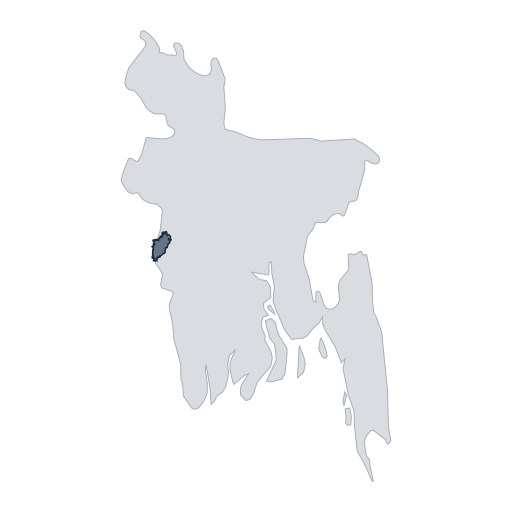 location of Meherpur, Khulna, Bangladesh
{"feature_id": "16705992B11914188004823", "entity_name": "Meherpur", "entity_type": "district", "adm_level": 2, "iso_a3": "BGD", "parent_name": "Bangladesh", "parent_adm1": "Khulna", "projection": "equal_earth", "projection_center": [88.762, 23.788], "detail": "fine", "context": "in_parent", "style": "filled", "palette": "slate", "viewbox_px": 512, "rotation_deg": 0, "n_neighbors": 0, "source": "geoboundaries", "source_scale": "gbopen_adm2", "svg_char_len": 8089}
<svg xmlns="http://www.w3.org/2000/svg" viewBox="0 0 512 512"><path d="M180.9,378.8L180.8,364.6L173.2,336.6L173.6,333.5L172.0,320.1L170.1,312.6L169.1,304.7L173.6,293.2L171.8,291.4L161.8,287.9L160.6,284.9L162.7,273.7L155.5,263.1L152.6,255.2L160.3,229.6L162.3,211.8L161.7,208.4L157.0,204.4L148.7,202.8L142.8,199.5L139.3,194.5L136.4,192.5L132.8,194.0L128.2,192.0L124.4,187.0L121.1,181.0L122.4,174.4L128.5,158.7L130.8,158.3L136.0,161.3L138.0,161.3L141.4,155.1L146.3,137.5L163.1,139.0L167.2,138.5L171.4,137.1L173.7,134.8L174.9,132.0L174.5,129.6L169.3,126.3L167.3,123.8L165.9,116.8L164.4,114.1L154.2,113.8L149.0,110.5L146.1,107.6L140.9,98.1L134.6,91.0L128.5,89.3L126.1,87.0L124.9,83.4L125.6,78.1L128.7,68.0L145.4,46.3L145.9,43.8L145.2,41.1L140.3,37.6L140.0,35.9L141.4,31.3L144.2,30.7L149.9,34.9L155.8,41.6L159.3,47.5L159.4,52.3L163.9,53.2L167.8,55.3L171.7,54.7L174.3,55.8L176.0,55.4L176.6,52.7L173.3,45.8L174.9,43.0L178.7,43.1L181.5,45.7L183.5,51.0L183.9,59.2L188.4,66.6L194.4,71.9L199.0,74.3L204.6,76.0L209.4,74.4L211.8,69.2L210.7,64.6L211.4,60.4L213.3,58.1L216.3,58.3L218.6,61.6L225.2,79.3L223.8,87.2L225.4,108.7L223.8,123.0L224.8,128.5L225.9,129.4L235.8,132.1L250.1,137.8L261.0,139.9L310.4,138.3L321.2,141.1L354.2,139.0L363.2,143.5L373.0,150.9L378.6,156.4L379.6,159.6L379.0,162.3L377.2,163.8L373.8,163.8L366.0,160.3L364.7,161.3L364.7,169.9L358.6,191.4L357.7,198.1L355.6,200.7L349.1,202.1L344.8,214.6L343.1,216.2L338.8,213.4L336.1,213.8L332.7,215.0L329.4,217.9L327.1,221.5L324.5,222.7L315.3,222.5L313.5,228.3L307.5,236.0L303.5,256.2L303.8,262.4L309.1,278.6L312.8,299.7L314.2,301.8L315.9,302.0L316.0,292.3L317.6,291.1L319.8,292.2L324.2,305.2L326.7,308.5L330.6,309.4L335.0,307.4L338.2,303.6L339.5,299.5L338.3,285.4L340.3,279.6L347.8,271.0L348.8,268.4L348.2,254.3L351.1,253.8L354.9,254.9L359.7,251.5L361.2,251.5L363.2,255.1L366.6,254.5L372.0,282.5L372.6,302.4L373.9,313.4L375.8,315.9L381.7,332.4L387.5,390.8L388.5,428.0L390.9,440.7L389.0,443.5L387.2,444.0L385.4,439.6L373.1,430.2L370.1,431.1L366.0,436.6L364.4,441.7L365.1,448.8L366.5,455.9L369.5,459.9L369.8,464.4L373.2,481.2L372.2,481.3L365.4,466.0L357.2,451.0L354.3,424.1L354.1,410.9L348.4,395.3L343.0,368.2L345.2,358.7L341.4,362.8L335.2,346.6L325.5,330.7L322.7,323.7L322.5,316.8L318.4,323.7L312.9,328.5L307.2,335.8L303.5,338.0L291.5,339.3L284.5,329.6L274.4,305.8L273.1,300.5L274.3,286.5L271.9,273.3L271.1,261.6L269.4,262.7L268.7,265.9L269.1,270.8L268.4,274.9L251.7,272.2L258.9,279.2L266.5,280.8L270.5,287.0L270.8,297.4L263.3,303.6L264.0,308.9L268.4,315.3L263.1,317.1L261.7,321.3L261.6,327.2L265.3,336.4L264.7,340.0L271.1,352.0L272.3,357.7L270.8,365.9L257.2,382.4L253.3,394.0L249.9,399.5L245.7,400.5L240.6,395.0L240.5,389.3L241.5,384.8L248.6,373.9L244.7,375.3L233.7,384.4L231.6,377.0L230.1,370.3L230.1,362.0L235.4,349.6L229.4,355.7L227.7,363.5L228.5,372.6L227.7,379.0L225.4,387.4L222.2,392.5L217.0,395.7L214.7,400.7L211.2,404.4L209.9,387.4L206.1,364.5L205.3,369.4L207.3,383.6L207.2,392.9L204.3,400.2L198.6,408.0L194.2,409.2L191.6,407.9L183.4,396.1L182.7,385.0L180.9,378.8ZM281.9,379.1L271.7,381.9L266.5,381.0L276.1,360.5L275.7,351.3L274.2,343.8L269.2,337.7L268.9,333.4L266.7,327.6L265.5,320.7L271.0,318.5L275.4,322.4L277.0,330.2L279.3,336.1L287.0,348.1L286.9,355.5L284.9,373.6L281.9,379.1ZM303.6,372.4L297.5,377.9L299.3,345.4L304.0,357.5L305.2,363.9L303.6,372.4ZM327.3,356.2L324.6,358.5L322.0,356.5L318.7,348.8L320.3,339.2L321.3,337.8L325.2,347.7L327.3,356.2ZM350.7,424.8L347.2,425.2L345.5,422.8L346.2,419.6L345.2,409.0L349.7,408.0L351.4,416.8L350.7,424.8ZM346.6,395.3L344.0,405.8L343.0,401.1L344.7,391.9L346.6,395.3ZM273.6,310.7L274.6,314.1L268.9,309.7L267.4,306.7L269.9,305.0L273.6,310.7Z" fill="#d9dde1" stroke="#a8b0b8" stroke-width="1"/><path d="M169.6,242.8L169.7,242.2L169.9,241.2L170.1,240.9L170.6,240.6L170.9,240.2L171.1,239.8L171.1,239.6L170.9,239.3L170.7,239.2L170.3,239.2L169.8,239.4L169.7,239.6L169.5,239.8L169.2,239.9L168.9,239.7L168.4,239.2L168.4,238.9L168.6,238.8L168.8,238.8L169.2,238.9L169.5,238.9L169.8,238.9L170.0,238.8L170.3,238.4L170.5,238.1L170.5,237.9L170.5,237.4L170.4,236.9L170.2,236.3L169.9,235.8L169.3,235.1L168.9,234.8L168.6,234.7L168.2,234.6L167.8,234.6L167.7,234.7L167.2,235.4L166.8,233.9L166.8,233.0L166.7,232.4L166.6,232.1L166.4,231.8L166.3,231.7L166.1,231.6L165.6,231.7L165.2,232.2L165.1,232.4L165.1,232.7L165.1,233.6L164.9,233.8L164.5,233.6L164.4,233.3L164.3,233.1L164.2,232.4L164.0,232.2L163.7,232.1L163.3,232.4L163.2,232.4L162.8,232.7L162.6,232.7L162.3,232.7L162.2,232.9L162.3,233.0L162.4,232.9L162.4,233.0L162.5,233.4L162.6,233.5L162.6,233.4L162.8,233.6L162.7,233.6L162.6,234.0L162.7,234.3L162.8,234.6L162.7,234.6L162.9,235.3L162.8,235.2L162.7,235.2L162.4,235.0L162.5,235.3L162.3,235.4L162.4,235.8L162.4,236.4L162.3,236.5L162.1,236.7L161.8,236.6L161.7,236.3L161.2,236.3L161.1,236.6L160.9,236.5L160.8,236.3L160.7,236.3L160.7,236.5L160.4,236.6L160.3,237.0L160.4,236.9L160.4,237.1L160.6,237.0L160.4,237.1L160.4,237.4L160.5,237.3L160.5,237.6L160.6,237.4L160.7,237.5L160.4,237.5L159.7,237.5L159.4,238.3L159.3,238.5L159.1,238.7L159.0,238.8L158.6,238.8L158.4,239.0L158.2,239.2L158.5,240.0L158.3,239.9L158.1,239.9L158.1,240.0L157.9,240.0L157.7,240.0L157.7,240.3L157.4,240.1L157.2,239.9L157.0,240.0L156.7,239.8L156.4,240.2L156.0,240.3L155.9,240.1L156.0,239.8L156.0,239.5L155.9,239.4L155.7,239.4L155.4,239.5L155.1,239.6L155.0,239.8L155.1,240.3L155.0,240.5L154.9,240.4L154.5,240.0L154.2,240.0L154.1,239.9L153.9,239.9L153.7,240.0L153.6,240.3L153.5,240.5L153.3,240.5L153.1,240.5L153.3,240.9L153.2,241.1L153.2,241.3L153.3,241.4L153.5,241.3L153.5,241.1L153.9,241.1L154.0,241.3L153.9,241.6L153.8,241.9L153.8,242.4L153.7,242.8L153.8,243.1L154.3,243.5L154.6,243.8L154.7,244.0L154.6,244.3L154.4,244.6L154.2,244.5L153.9,244.3L153.7,244.3L153.8,244.5L153.7,244.4L153.8,244.4L153.8,244.6L154.0,244.8L154.3,244.9L154.3,245.0L154.1,245.0L154.1,245.4L154.0,245.6L153.9,245.6L153.6,245.6L153.4,245.6L153.4,245.8L153.5,246.0L153.2,246.4L152.9,246.7L152.6,246.6L152.2,246.4L152.0,246.5L152.2,246.8L152.4,246.9L152.4,247.0L152.5,247.1L152.9,247.3L153.1,247.3L153.3,247.3L153.4,247.5L153.4,248.1L153.4,248.7L153.2,248.7L153.2,248.8L153.0,249.3L152.9,249.4L152.8,249.5L153.0,250.1L152.9,250.1L152.9,250.3L152.9,250.5L153.0,250.5L153.0,250.2L153.2,250.3L153.2,250.6L153.1,250.8L152.8,250.9L152.7,251.1L152.7,251.7L152.7,251.8L152.7,252.0L152.6,252.8L152.7,253.0L152.7,253.3L152.6,254.2L153.0,254.3L153.1,255.0L152.9,255.2L152.9,255.5L153.0,255.8L152.8,255.8L152.7,255.8L152.8,256.2L152.6,256.4L152.6,256.5L152.4,256.5L152.3,256.8L152.2,256.8L152.1,257.1L152.2,257.3L152.4,257.4L152.3,258.1L152.8,258.2L153.1,257.9L153.7,257.9L153.8,257.9L154.0,257.7L154.2,257.8L154.1,258.1L154.1,258.3L154.2,258.5L154.2,258.8L154.1,259.3L154.2,259.6L153.9,259.7L153.7,259.7L153.6,259.9L153.4,260.2L153.4,260.5L153.8,260.8L154.1,260.7L154.4,260.8L154.3,260.5L154.5,260.5L154.9,260.2L154.6,260.4L154.9,260.6L155.0,260.6L155.0,260.8L155.0,260.7L154.9,260.7L154.8,260.9L155.1,260.9L155.3,260.7L155.6,260.8L155.8,260.6L156.0,260.4L156.1,260.5L156.3,260.3L156.5,260.2L156.7,260.4L156.7,260.2L156.5,259.8L156.7,259.7L156.8,259.8L156.8,259.6L157.1,259.5L157.2,259.4L157.2,259.2L157.3,259.2L157.0,259.1L157.0,258.6L157.1,258.4L157.3,258.3L157.3,258.1L157.3,257.9L157.1,257.9L157.3,257.7L157.5,257.6L157.7,257.2L158.0,257.1L158.5,257.4L158.7,257.1L158.9,257.3L159.0,257.2L159.4,257.0L159.4,256.6L159.6,256.3L159.7,256.5L159.8,256.7L160.0,256.7L159.9,256.5L159.9,256.4L160.0,256.4L160.2,256.2L160.1,255.9L160.5,255.7L160.8,255.6L161.6,255.0L161.9,254.9L162.4,254.4L162.6,254.4L162.9,253.8L163.1,253.6L163.3,253.5L163.5,253.5L163.7,253.4L164.1,253.4L164.6,253.2L164.8,252.8L164.9,252.7L165.1,252.4L165.1,252.1L165.2,251.8L165.1,251.7L164.9,251.5L165.0,251.0L164.9,250.6L165.0,250.2L165.3,250.1L165.4,249.9L165.3,249.1L165.3,248.9L165.4,248.7L165.4,248.4L165.5,248.0L165.5,247.9L165.7,247.6L165.8,247.5L166.0,247.8L167.0,247.4L167.1,247.6L167.3,247.5L167.4,246.6L167.5,245.9L167.6,245.6L168.0,244.9L168.0,244.6L168.0,244.3L168.2,244.1L168.7,243.8L168.8,243.6L168.8,243.1L169.0,242.9L169.3,242.8L169.6,242.8Z" fill="#64748b" stroke="#1e293b" stroke-width="1.5"/></svg>